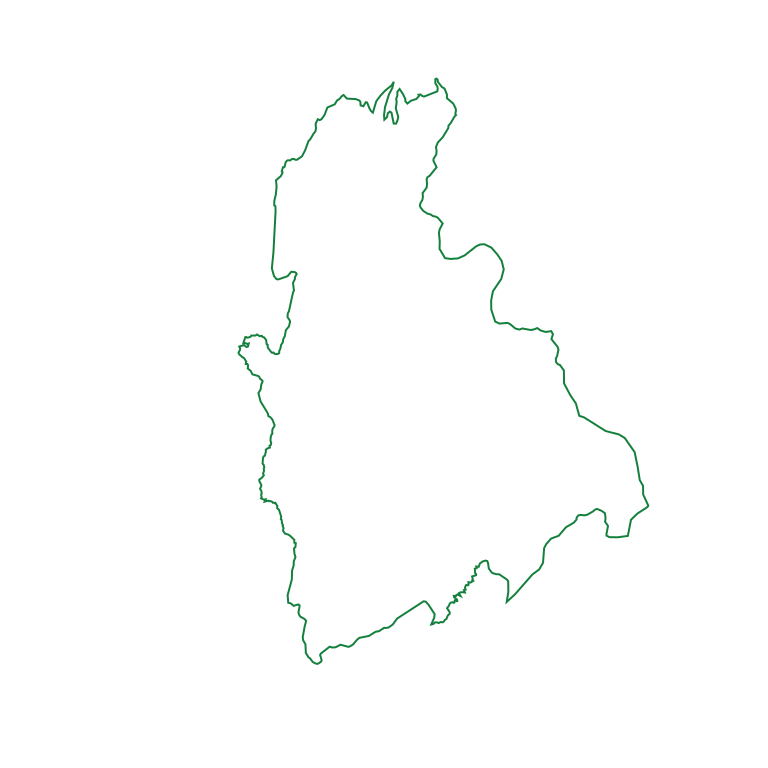 the district of Mitwaba, Katanga, Democratic Republic of the Congo, rotated 326°
{"feature_id": "63176286B64695958976401", "entity_name": "Mitwaba", "entity_type": "district", "adm_level": 2, "iso_a3": "COD", "parent_name": "Democratic Republic of the Congo", "parent_adm1": "Katanga", "projection": "mercator", "projection_center": [27.057, -9.113], "detail": "fine", "context": "isolated", "style": "outline", "palette": "green", "viewbox_px": 768, "rotation_deg": 326, "n_neighbors": 0, "source": "geoboundaries", "source_scale": "gbopen_adm2", "svg_char_len": 6166}
<svg xmlns="http://www.w3.org/2000/svg" viewBox="0 0 768 768"><g transform="rotate(326 384 384)"><path d="M185.1,517.4L189.6,518.8L190.2,519.9L190.0,520.8L185.7,525.1L184.7,527.1L184.5,530.0L186.8,534.6L187.0,536.8L182.3,541.0L175.0,548.5L173.7,551.2L173.3,555.9L168.8,563.3L168.6,568.3L169.3,570.3L169.5,574.6L170.9,577.4L172.6,579.0L176.7,579.0L177.9,578.0L179.5,572.9L181.2,572.1L192.0,571.4L193.7,573.5L196.7,575.2L202.1,575.8L207.6,582.1L209.5,582.5L212.8,582.6L218.8,580.9L221.7,580.7L230.5,584.4L238.5,584.7L241.6,586.1L247.8,586.2L249.2,587.4L251.7,588.4L256.7,588.3L263.7,585.8L295.3,586.3L296.9,587.8L297.5,592.2L297.3,603.1L295.0,605.8L288.7,609.8L290.8,610.6L292.8,610.1L294.7,611.3L295.7,612.8L297.9,613.0L299.4,614.4L300.8,614.4L302.5,613.6L304.4,613.7L307.4,611.6L309.7,611.3L310.5,610.7L310.9,609.3L310.9,605.1L314.0,604.1L315.7,602.8L317.0,602.6L318.8,603.2L319.5,604.5L320.1,604.6L321.6,603.0L322.4,602.9L322.8,604.7L323.4,604.9L324.0,603.6L322.9,599.9L323.4,598.7L325.0,600.0L325.7,599.5L327.1,599.5L328.9,602.6L329.1,599.3L330.3,599.3L332.6,600.4L334.5,602.1L335.1,599.5L336.7,600.1L337.2,598.2L339.2,596.7L340.0,596.7L340.9,597.8L341.7,597.8L343.2,595.5L344.7,597.0L347.9,597.1L347.5,595.9L348.6,595.3L349.4,592.8L353.4,594.0L354.0,593.3L353.7,591.9L356.0,587.9L357.8,588.5L358.4,586.9L360.3,588.5L363.2,586.4L366.6,586.3L369.3,587.1L370.6,588.5L370.1,590.7L367.7,595.6L367.9,600.5L368.7,602.1L370.9,604.6L373.1,606.2L376.5,614.7L376.7,616.9L370.9,625.8L363.9,633.3L375.1,631.6L400.4,624.9L409.0,624.5L415.9,621.1L424.9,609.7L428.8,607.5L436.1,605.6L444.0,607.5L454.8,604.5L463.8,605.1L467.8,604.0L469.0,602.5L471.6,601.6L473.8,602.5L476.9,605.1L479.7,606.1L485.9,606.5L488.9,606.2L490.8,606.7L493.5,610.9L494.9,614.6L492.8,618.9L490.3,621.8L490.3,627.0L484.5,632.8L483.7,634.2L485.2,637.0L492.1,641.8L501.2,646.3L512.8,634.7L521.6,633.1L531.5,633.3L534.1,633.2L535.1,632.6L537.1,620.5L541.8,613.3L542.3,606.7L548.2,594.0L553.7,580.6L553.4,563.4L550.5,557.1L541.5,547.0L531.2,523.6L528.1,519.6L532.2,507.4L532.2,497.4L533.6,484.2L540.7,473.4L540.5,466.7L539.2,464.8L538.9,462.1L540.6,459.1L543.3,457.5L547.9,453.0L548.7,450.3L547.9,440.4L551.9,437.2L552.2,433.7L547.2,431.3L543.9,427.4L542.3,423.3L539.5,422.8L536.0,421.4L529.7,415.3L526.7,414.6L523.9,411.4L522.1,405.1L520.7,402.5L513.4,398.4L511.1,394.4L514.5,382.4L519.6,374.6L526.2,368.0L539.9,362.5L547.4,355.9L550.4,347.7L550.4,340.2L549.3,331.0L545.4,324.3L541.5,322.0L537.1,321.4L522.8,322.5L515.5,321.2L509.2,317.6L505.0,313.8L505.6,303.0L510.0,296.9L514.1,289.3L516.8,286.8L522.4,283.8L521.6,276.3L520.7,274.4L518.5,272.2L517.5,269.6L515.3,267.0L513.4,262.6L513.0,258.1L513.5,256.1L515.3,254.5L518.8,252.8L521.0,250.5L522.8,247.3L529.1,245.1L531.7,242.1L533.8,238.1L535.5,236.9L538.4,236.9L548.8,233.7L549.8,226.6L551.0,225.0L555.6,223.0L557.8,220.4L559.6,216.6L563.7,213.9L570.6,212.3L580.4,207.8L581.9,205.9L584.9,205.1L592.1,201.7L594.1,201.3L593.9,200.7L594.4,199.7L596.5,197.6L597.5,195.6L598.2,190.1L596.0,182.3L598.1,179.1L599.4,172.8L598.1,170.3L597.6,163.8L598.7,161.5L598.2,160.1L597.0,160.0L594.7,163.5L594.6,167.2L593.7,169.2L591.8,171.2L577.9,168.1L576.8,166.6L576.2,164.4L574.3,163.5L574.0,164.8L570.3,165.8L564.6,164.2L560.2,164.6L559.8,161.4L561.0,159.9L561.8,154.6L561.9,148.2L558.5,149.2L556.4,152.3L553.5,154.5L552.2,157.3L547.9,162.1L545.2,170.5L542.7,172.9L539.6,174.9L537.7,173.5L541.9,163.3L541.2,161.4L538.6,161.7L535.6,164.5L532.1,165.1L534.4,161.1L539.7,155.0L550.0,146.7L556.5,143.2L561.1,138.9L557.3,140.7L549.0,141.4L542.5,142.9L535.8,145.2L526.5,152.8L525.9,150.6L526.0,147.8L527.4,141.2L526.5,140.2L522.2,142.2L520.4,139.9L522.1,137.0L522.2,135.3L520.0,132.1L512.8,126.6L512.1,121.8L510.5,121.7L506.3,122.8L503.6,122.7L499.5,124.6L491.7,123.1L485.1,127.7L480.3,129.5L478.3,129.3L477.2,127.5L472.8,130.0L470.6,134.1L468.2,136.3L465.7,137.0L459.7,139.9L457.4,140.3L449.2,146.2L443.3,149.4L437.2,149.4L436.2,148.8L434.8,146.7L433.2,146.0L431.2,146.2L429.5,144.8L428.4,144.6L426.4,145.2L423.1,148.3L422.4,148.5L421.4,147.8L418.1,150.6L418.3,151.7L417.8,152.3L414.6,154.0L408.4,154.7L405.6,159.9L400.6,166.1L395.4,170.9L392.9,174.5L393.4,175.8L390.9,179.9L365.9,213.1L355.7,225.4L353.2,232.9L353.5,237.0L354.9,238.2L364.4,240.7L369.8,239.1L372.3,241.0L373.2,242.6L373.1,244.0L369.8,245.7L368.9,247.1L365.0,249.4L361.6,256.2L359.9,257.1L345.9,270.5L343.8,271.6L341.4,274.6L341.4,278.5L340.9,279.9L337.4,283.1L332.7,284.5L328.5,288.9L325.5,290.5L323.4,292.9L320.6,294.0L317.7,296.9L315.9,297.8L314.3,299.8L312.5,299.7L310.4,298.2L309.8,295.9L308.8,295.7L308.4,295.0L308.0,289.7L308.5,287.7L309.5,286.5L309.0,285.3L310.9,281.6L310.7,278.4L309.6,277.0L309.6,275.7L307.6,274.8L306.4,271.9L304.6,272.0L301.1,269.6L300.0,270.2L298.4,269.9L296.4,269.1L296.0,267.9L295.2,267.6L290.2,271.5L292.0,272.6L293.0,274.3L294.5,274.8L292.0,276.9L290.7,276.4L289.7,273.5L284.9,272.0L284.6,274.1L283.8,275.1L280.9,276.7L280.5,278.0L281.6,282.5L282.5,284.3L282.3,288.4L280.6,290.0L281.9,291.0L281.8,292.5L279.7,295.0L280.8,298.6L280.3,302.4L284.1,306.9L284.6,308.3L284.2,310.4L285.0,312.8L284.9,313.9L282.1,315.7L278.6,319.6L274.8,321.3L271.9,329.5L271.3,342.9L270.2,346.1L271.2,347.9L271.6,351.0L270.3,356.8L269.6,357.7L266.9,358.7L265.3,360.1L263.6,362.8L262.3,363.1L260.1,365.0L258.2,367.5L257.6,369.7L256.0,371.3L254.5,371.2L253.9,372.9L251.2,372.2L249.2,372.4L248.3,374.0L245.1,376.8L243.8,376.7L242.4,377.6L238.8,382.1L239.0,383.8L238.1,386.3L237.0,386.9L236.0,388.9L233.7,390.6L233.3,392.5L230.2,393.5L227.2,393.5L226.4,394.6L225.8,399.1L225.2,400.0L222.6,401.6L222.5,404.0L221.6,406.2L220.3,407.0L219.2,409.6L218.1,410.1L219.6,412.6L221.4,413.5L219.3,414.8L222.6,415.9L223.2,417.0L224.0,417.1L225.3,418.9L225.5,420.4L226.4,420.8L226.8,421.8L227.5,421.9L227.3,425.6L226.0,427.1L226.6,429.7L224.5,436.7L222.9,438.3L223.2,439.3L221.5,442.6L221.3,444.6L220.5,445.2L220.2,447.3L219.0,448.2L218.2,449.5L218.3,452.8L220.3,455.1L221.3,457.4L222.5,463.0L220.9,465.4L221.9,466.6L219.3,469.7L217.5,469.9L214.9,474.6L213.8,478.0L209.9,480.7L207.7,483.9L203.5,487.2L198.3,494.5L186.0,505.2L182.3,511.8L184.0,513.7L185.1,517.4Z" fill="none" stroke="#15803d" stroke-width="2"/></g></svg>